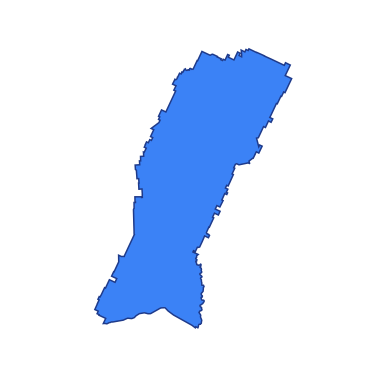 outline of Pingelly, Western Australia, Australia, rotated 295°
{"feature_id": "25037944B83412079426782", "entity_name": "Pingelly", "entity_type": "district", "adm_level": 2, "iso_a3": "AUS", "parent_name": "Australia", "parent_adm1": "Western Australia", "projection": "albers", "projection_center": [117.054, -32.532], "detail": "fine", "context": "isolated", "style": "filled", "palette": "blue", "viewbox_px": 384, "rotation_deg": 295, "n_neighbors": 0, "source": "geoboundaries", "source_scale": "gbopen_adm2", "svg_char_len": 5696}
<svg xmlns="http://www.w3.org/2000/svg" viewBox="0 0 384 384"><g transform="rotate(295 192 192)"><path d="M36.9,170.9L37.3,171.2L38.2,171.8L38.5,172.1L39.4,173.3L40.2,173.9L40.7,175.1L46.7,183.7L47.1,184.1L49.9,186.5L50.3,186.9L50.6,187.4L51.7,190.6L52.1,191.2L53.8,192.8L56.2,193.6L59.5,195.7L62.4,199.9L63.1,203.6L64.1,205.6L64.3,205.9L73.5,212.5L74.2,213.5L75.5,216.0L75.6,216.4L75.6,216.8L74.1,220.6L72.7,227.3L71.2,248.2L70.3,252.4L71.5,252.4L71.4,254.7L71.9,254.7L72.0,254.6L72.6,254.7L72.9,254.5L73.4,254.4L73.8,254.3L74.2,254.2L75.1,254.4L75.3,254.7L75.7,255.5L76.1,255.6L76.6,255.7L76.9,255.9L77.6,255.7L78.0,255.5L78.1,255.4L79.1,255.3L79.5,255.2L80.6,254.4L81.3,253.5L82.0,252.8L82.8,252.3L83.7,252.1L84.2,251.7L84.6,251.3L84.8,250.8L85.1,250.2L85.5,249.8L85.5,249.7L85.8,249.3L85.9,249.2L87.6,249.5L87.8,249.7L88.0,250.0L88.7,250.7L89.3,250.8L89.6,250.7L89.8,250.6L90.4,249.9L90.6,249.8L91.0,249.7L91.3,249.5L91.5,249.0L91.4,248.4L91.7,247.8L92.6,247.2L92.8,247.2L93.2,247.4L93.5,247.8L93.8,247.9L94.1,248.2L94.8,248.4L95.2,248.8L95.6,248.8L95.9,249.0L96.7,249.0L97.2,249.2L98.0,249.2L98.6,248.9L98.8,248.5L98.8,248.0L98.7,247.7L98.5,247.4L98.3,247.1L98.3,246.6L98.4,246.3L98.7,246.0L99.8,245.0L100.1,244.9L100.7,244.9L100.8,245.1L100.7,245.4L100.8,245.5L101.1,245.6L101.6,245.5L102.1,245.4L102.3,245.1L102.6,244.3L102.7,244.0L103.0,243.8L103.4,243.5L103.8,243.3L104.2,243.3L104.7,243.4L105.1,243.7L105.6,243.7L106.5,244.0L107.0,243.9L107.8,243.6L108.8,243.3L110.1,242.7L110.7,242.7L111.0,242.9L111.3,242.9L111.5,242.7L112.0,242.2L112.3,241.9L112.3,241.7L111.7,240.5L111.8,240.2L113.9,239.2L115.0,238.3L116.4,237.6L116.5,237.4L117.2,236.4L117.4,236.2L117.7,236.2L118.1,236.2L118.9,236.8L119.2,236.9L119.5,236.8L119.6,236.7L119.9,236.2L120.0,235.8L120.2,235.2L120.4,234.5L120.6,234.0L121.1,233.7L121.4,233.7L121.9,233.9L122.4,234.4L122.8,234.6L123.2,234.7L123.7,234.6L123.8,234.5L124.7,233.5L126.0,233.2L126.8,232.5L126.9,232.1L126.9,231.7L127.0,231.4L127.5,231.0L128.0,231.3L128.8,231.3L129.3,231.0L129.7,231.0L130.2,230.7L130.2,230.4L130.2,230.2L129.1,229.9L128.9,229.7L128.6,229.2L128.4,228.9L128.5,228.6L128.3,228.1L128.3,227.9L128.2,227.6L128.2,227.4L128.3,226.9L128.5,226.8L129.5,226.2L129.6,225.9L129.9,225.5L130.4,225.0L130.6,224.9L130.8,224.7L131.1,224.7L131.3,224.8L131.5,225.0L131.5,225.3L131.9,225.2L132.6,225.2L132.8,224.4L133.1,223.7L133.5,223.4L133.9,223.5L134.3,223.8L134.6,223.8L134.8,223.8L135.8,223.3L136.3,223.2L136.7,223.3L136.9,223.5L137.2,223.7L137.6,223.8L138.0,224.0L138.0,218.2L139.5,218.2L139.5,220.2L144.2,220.2L144.4,220.9L144.6,221.2L144.8,221.6L145.4,222.2L151.7,222.2L157.5,222.0L157.5,226.2L160.1,226.2L160.2,225.9L160.6,225.0L160.5,224.4L160.7,223.9L160.4,223.5L160.4,223.3L160.7,222.7L161.3,222.2L167.4,222.1L167.4,222.6L177.8,222.6L177.8,221.3L182.3,221.3L182.3,225.6L186.4,225.6L186.4,220.3L190.2,220.3L190.2,223.6L197.4,223.8L197.4,222.4L199.7,222.4L204.4,222.3L204.4,224.6L206.2,224.6L206.2,223.2L209.7,223.3L209.7,220.6L212.7,220.6L212.7,222.2L216.6,222.2L225.3,222.1L225.3,220.7L231.6,220.7L231.6,219.6L235.4,219.6L236.5,220.5L236.5,223.1L242.1,230.6L242.1,232.0L242.3,232.1L244.1,230.6L248.5,232.9L248.5,233.2L252.7,233.3L252.7,233.2L255.6,233.3L255.5,236.1L263.2,236.2L263.2,233.4L261.2,233.4L268.1,227.7L269.2,229.2L281.5,229.2L281.5,231.3L288.7,231.3L288.6,234.2L292.4,234.3L292.4,231.0L295.4,231.1L307.9,231.1L307.9,232.0L316.5,232.1L316.5,232.8L321.4,232.8L321.3,234.3L336.9,234.4L336.9,227.3L348.6,227.4L348.7,222.1L345.8,222.1L345.9,207.5L345.8,200.1L346.0,200.1L346.0,197.0L345.9,191.6L345.7,191.6L345.8,183.1L344.0,183.1L344.0,180.7L341.3,180.7L341.4,176.6L337.2,179.1L335.5,179.8L335.6,177.0L338.1,177.0L338.2,174.2L329.4,174.2L329.5,168.0L331.7,168.0L331.7,166.2L325.5,166.2L325.5,164.1L324.1,164.1L324.1,162.1L325.1,162.1L325.0,157.8L325.6,157.8L325.6,152.5L325.4,152.2L324.7,151.4L323.8,150.9L323.7,150.8L323.6,150.4L323.6,141.6L313.3,141.6L313.3,141.1L303.8,141.1L303.6,141.0L303.6,140.6L303.5,140.3L303.1,139.9L303.3,139.5L303.3,138.2L302.9,137.8L302.1,137.9L301.8,137.9L301.6,138.1L301.2,138.0L301.1,137.9L301.1,137.7L301.3,137.3L301.1,137.1L301.1,136.8L301.0,136.7L300.8,136.6L300.7,136.4L300.2,136.2L299.9,135.7L299.9,135.4L300.1,134.5L300.3,134.3L300.6,134.3L300.8,134.0L300.3,133.8L300.1,133.3L300.0,133.2L298.9,133.4L298.4,133.1L298.0,133.1L297.7,133.3L297.3,133.3L297.2,133.3L296.7,132.5L296.4,132.6L296.4,132.1L295.9,132.2L294.4,132.2L294.4,130.5L290.3,130.5L290.0,130.2L289.8,130.2L289.7,130.2L289.4,130.5L288.4,130.5L287.8,130.4L287.3,130.1L287.1,130.0L286.8,129.7L286.8,129.1L286.9,128.9L281.5,128.8L281.5,132.6L276.6,132.5L276.6,134.5L253.5,134.5L253.5,129.7L246.4,129.7L246.4,131.0L243.6,131.0L243.6,132.7L240.9,132.7L239.8,132.1L232.3,128.1L232.3,131.0L224.7,131.0L224.7,133.4L221.6,133.4L221.6,131.6L218.2,131.6L218.2,129.6L215.2,129.6L215.2,129.8L212.4,129.8L212.4,132.0L207.7,131.9L207.7,131.1L204.0,133.1L202.5,130.3L198.5,132.3L198.0,131.2L194.6,133.1L192.4,129.1L188.5,131.2L188.2,132.4L187.1,133.0L182.3,135.7L180.8,136.5L181.6,138.0L177.7,140.2L177.5,139.8L172.1,142.7L173.6,145.4L170.1,147.3L168.5,148.2L168.4,148.1L166.1,149.3L165.7,148.6L166.3,148.2L163.5,142.3L158.8,144.6L159.0,145.0L158.6,145.2L158.0,143.9L152.5,146.5L152.1,146.3L151.3,146.4L131.9,156.1L130.8,156.6L129.2,157.4L129.2,157.7L105.5,157.7L105.0,157.9L103.7,155.2L103.7,152.2L97.7,155.1L86.7,155.1L86.7,154.7L81.7,154.7L81.7,160.4L77.6,160.4L77.6,154.2L68.4,154.2L68.4,153.2L60.8,153.2L58.0,153.0L58.0,152.1L55.0,152.1L54.9,153.4L50.8,153.4L50.8,153.5L44.4,153.6L44.4,157.4L41.6,157.4L41.6,159.7L41.0,159.7L41.0,167.2L35.3,167.2L36.0,168.5L36.4,169.9L36.5,170.4L36.9,170.9Z" fill="#3b82f6" stroke="#1e3a8a" stroke-width="1.5"/></g></svg>